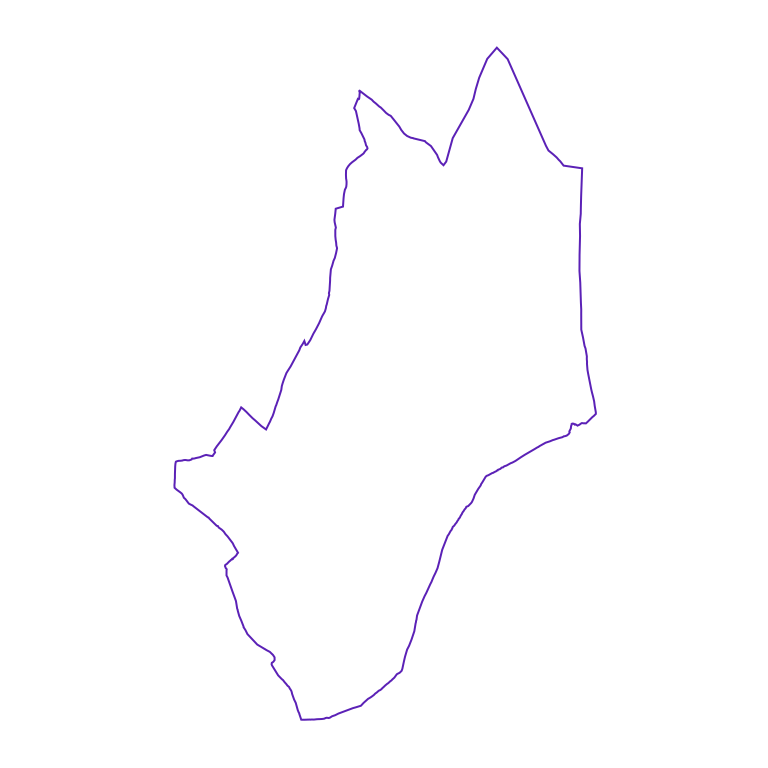 the district of Gjerstad nor, Aust-Agder, Norway, rotated 89°
{"feature_id": "86288312B47450701300036", "entity_name": "Gjerstad nor", "entity_type": "district", "adm_level": 2, "iso_a3": "NOR", "parent_name": "Norway", "parent_adm1": "Aust-Agder", "projection": "equal_earth", "projection_center": [8.999, 58.878], "detail": "fine", "context": "isolated", "style": "outline", "palette": "violet", "viewbox_px": 768, "rotation_deg": 89, "n_neighbors": 0, "source": "geoboundaries", "source_scale": "gbopen_adm2", "svg_char_len": 6099}
<svg xmlns="http://www.w3.org/2000/svg" viewBox="0 0 768 768"><g transform="rotate(89 384 384)"><path d="M718.2,472.6L718.3,469.5L718.2,464.4L718.3,463.4L718.2,462.6L718.3,459.9L718.0,456.9L717.9,452.7L717.8,451.2L717.5,449.2L717.0,448.5L716.7,447.0L717.0,445.1L716.7,444.0L715.3,441.7L714.3,438.6L712.7,435.3L707.5,420.6L706.8,417.9L705.3,412.7L702.4,409.9L698.5,405.4L697.7,403.9L696.6,402.1L694.8,399.6L693.3,398.1L692.4,396.7L691.0,395.1L690.3,394.1L690.0,393.2L689.4,392.4L689.2,392.0L688.2,391.1L687.0,389.7L685.4,388.0L683.8,386.0L683.2,385.0L681.2,382.8L680.6,381.8L679.7,381.0L677.8,378.8L676.6,377.9L674.5,376.3L674.2,375.9L673.0,373.4L671.1,371.4L669.0,370.6L661.2,368.8L656.9,367.7L649.9,365.5L646.2,363.5L639.9,360.9L631.7,358.0L624.0,356.6L622.6,356.2L621.6,356.1L620.1,355.6L616.1,355.0L602.2,349.6L596.8,347.1L593.7,345.4L584.9,341.2L582.5,339.9L581.0,339.3L577.4,337.7L573.9,335.9L569.1,333.7L562.5,331.8L550.8,328.7L536.9,323.0L535.5,321.9L532.3,320.1L531.0,319.0L530.2,318.7L529.9,318.4L528.2,317.8L527.9,317.5L526.8,316.2L525.3,315.2L523.7,313.8L522.4,313.1L521.0,312.0L519.9,311.6L519.7,311.2L518.9,310.5L517.4,309.8L516.1,309.0L515.7,308.6L514.6,308.2L514.1,307.8L513.3,307.4L512.7,306.8L510.8,305.6L509.9,304.7L509.3,304.3L508.2,303.8L507.5,301.9L504.5,298.9L503.4,298.1L500.1,296.5L496.4,295.2L490.5,291.6L487.1,289.1L485.7,288.6L484.5,287.7L478.4,283.9L477.6,282.9L477.0,281.2L474.9,277.3L474.7,276.3L474.1,275.4L473.1,273.2L472.4,272.4L472.4,271.9L471.8,271.6L471.1,269.6L470.7,268.9L469.7,267.9L469.5,267.2L469.5,266.6L468.4,265.2L467.7,263.0L465.4,258.7L464.8,257.0L463.2,253.9L459.5,248.2L457.2,244.4L451.6,234.4L449.9,231.5L449.7,230.8L448.8,229.6L445.5,223.4L444.2,219.1L443.0,216.1L442.7,214.9L441.2,210.3L440.3,206.6L439.4,205.0L439.4,204.3L438.8,202.2L438.2,201.5L437.9,201.0L436.8,199.8L436.2,199.6L435.7,199.2L434.7,199.5L434.4,199.4L431.8,198.0L430.3,197.8L429.1,197.6L428.0,197.1L427.3,197.1L427.1,196.7L426.9,196.5L426.9,195.8L427.2,195.1L427.1,194.9L427.5,194.4L427.9,194.1L428.0,193.9L427.8,193.7L427.6,193.5L427.9,192.8L429.0,191.2L428.7,190.7L428.5,190.1L427.8,188.8L427.2,188.1L426.5,186.8L426.8,185.2L426.7,184.5L426.8,184.3L426.9,182.8L425.4,181.1L420.6,176.1L419.8,175.0L417.6,172.7L416.0,172.7L409.6,173.7L405.0,174.2L400.2,175.2L396.1,176.2L392.9,176.9L377.3,179.7L373.5,180.3L367.3,180.7L365.5,180.6L362.7,180.8L359.9,180.7L352.0,181.9L349.4,182.8L341.0,184.2L333.1,185.8L317.5,185.6L312.9,185.5L306.3,185.7L286.1,186.0L274.4,186.6L258.0,186.2L239.4,185.4L227.4,185.4L217.3,184.3L211.2,184.1L199.4,183.6L171.8,182.1L168.8,200.6L164.4,203.9L162.9,205.4L160.5,207.4L157.2,211.0L153.4,215.5L148.7,217.9L61.3,254.7L49.7,265.3L60.7,275.1L79.5,283.5L90.8,287.1L100.5,289.6L111.4,294.5L139.4,311.0L162.7,317.9L166.3,320.7L163.7,323.4L162.2,324.3L158.2,326.1L155.9,326.9L146.9,332.9L143.0,338.0L141.9,338.8L138.9,350.3L138.7,350.5L138.2,352.9L136.4,356.6L133.9,359.6L130.3,362.3L126.9,364.2L116.1,372.5L115.4,373.7L115.0,374.6L113.0,377.2L110.5,379.5L107.5,382.4L106.5,383.9L103.3,387.3L101.5,389.5L99.5,391.3L96.3,395.8L90.3,403.3L90.4,403.5L90.9,403.6L92.5,403.1L93.7,403.4L95.0,403.4L95.3,403.5L98.0,403.8L98.6,404.0L98.8,404.3L98.4,405.1L107.6,409.0L110.6,407.3L123.5,404.7L127.9,404.0L129.8,403.9L132.9,402.2L139.1,399.3L140.9,399.0L142.3,398.4L145.0,397.8L146.8,396.7L148.2,396.4L148.8,396.7L149.6,397.5L149.7,397.8L151.9,399.6L152.6,400.0L153.3,400.6L155.8,404.0L157.4,406.6L159.2,408.5L161.7,412.0L163.5,414.1L165.7,416.0L167.7,417.3L169.6,418.2L174.3,418.4L178.1,418.3L179.1,418.1L181.2,417.9L183.7,418.0L186.1,418.3L187.6,418.9L189.0,419.7L193.5,420.7L197.7,421.2L205.9,421.9L207.9,429.2L213.0,429.8L219.0,430.7L221.4,430.5L226.8,429.4L229.0,430.0L235.2,430.1L239.1,429.8L241.8,429.4L244.9,429.2L246.7,428.7L247.6,428.6L252.1,429.6L257.2,431.0L257.8,431.3L259.9,432.3L264.9,433.8L268.4,435.1L276.9,436.0L279.9,436.1L289.9,436.9L292.2,437.5L294.0,437.2L298.0,438.5L303.6,439.9L304.9,440.4L307.2,440.8L310.4,441.8L313.6,443.7L314.2,444.1L315.7,444.9L322.0,447.8L328.1,451.1L332.4,453.7L338.9,457.0L343.2,460.0L343.6,461.7L339.6,462.9L342.4,464.5L346.0,467.0L348.8,468.1L364.7,477.0L369.2,480.0L371.4,481.4L378.0,484.1L381.7,485.4L384.3,486.2L388.1,486.8L389.6,487.3L397.6,490.0L400.1,491.0L403.5,492.2L404.4,492.7L411.1,494.8L414.5,496.1L416.6,497.3L419.8,498.7L420.8,499.3L427.4,502.7L424.0,507.3L418.2,513.4L415.9,516.0L412.5,519.3L409.6,522.0L406.8,524.9L404.9,527.2L408.2,528.9L409.6,529.9L419.3,535.3L424.9,538.8L426.2,539.5L429.0,541.6L432.5,543.9L437.3,547.4L443.3,552.2L447.2,554.9L449.5,554.1L452.1,556.1L453.0,556.6L453.0,557.2L452.7,559.0L451.8,563.1L452.3,565.0L454.0,569.5L454.8,573.6L455.1,574.5L455.3,575.8L455.2,577.1L456.1,577.7L456.9,580.0L456.9,581.8L456.6,583.3L456.5,584.3L456.7,586.1L457.0,586.9L457.2,588.7L457.2,590.4L457.4,591.5L457.9,593.2L458.2,593.5L459.9,593.9L462.6,594.2L470.2,594.6L474.6,594.7L476.3,594.9L478.7,595.0L481.4,595.3L484.1,595.2L486.0,593.2L487.9,590.7L488.9,589.4L489.9,588.2L491.0,587.4L492.6,586.7L494.2,586.1L495.6,584.6L500.2,581.2L501.5,578.8L502.1,577.5L502.7,576.9L513.5,563.4L514.3,562.4L514.4,561.8L515.6,560.9L522.9,553.7L523.1,552.6L524.6,551.8L526.8,548.8L528.8,546.8L531.4,545.1L533.6,543.1L540.6,538.0L543.5,536.7L550.2,532.9L551.1,533.7L552.9,534.8L554.2,536.2L555.6,537.9L555.9,538.5L556.4,538.3L556.7,538.8L556.6,539.1L557.4,540.3L557.8,540.6L558.9,542.0L561.2,544.3L562.1,545.8L563.2,546.2L565.4,545.4L566.1,544.7L566.7,544.5L567.7,544.7L572.7,544.8L574.7,543.8L588.6,539.2L596.7,536.4L598.5,535.8L606.2,534.7L607.0,534.3L608.0,534.2L613.4,532.8L618.2,530.8L624.2,528.6L624.9,528.6L625.4,528.2L627.7,526.8L631.7,524.9L642.3,515.3L648.1,506.0L649.8,502.9L653.0,499.7L654.4,498.8L655.4,498.2L658.1,498.2L659.6,499.3L660.2,500.0L660.8,501.0L662.2,501.3L663.4,500.9L673.5,494.9L676.9,491.7L677.6,491.0L678.2,490.2L680.5,488.5L682.6,486.7L683.5,486.1L684.2,485.5L684.8,484.7L685.3,484.2L687.1,483.4L687.5,483.0L689.3,482.0L690.6,481.6L692.2,481.3L697.9,479.4L701.3,477.8L708.6,475.9L710.7,475.1L711.8,474.5L712.5,474.4L718.2,472.6Z" fill="none" stroke="#5b21b6" stroke-width="2"/></g></svg>